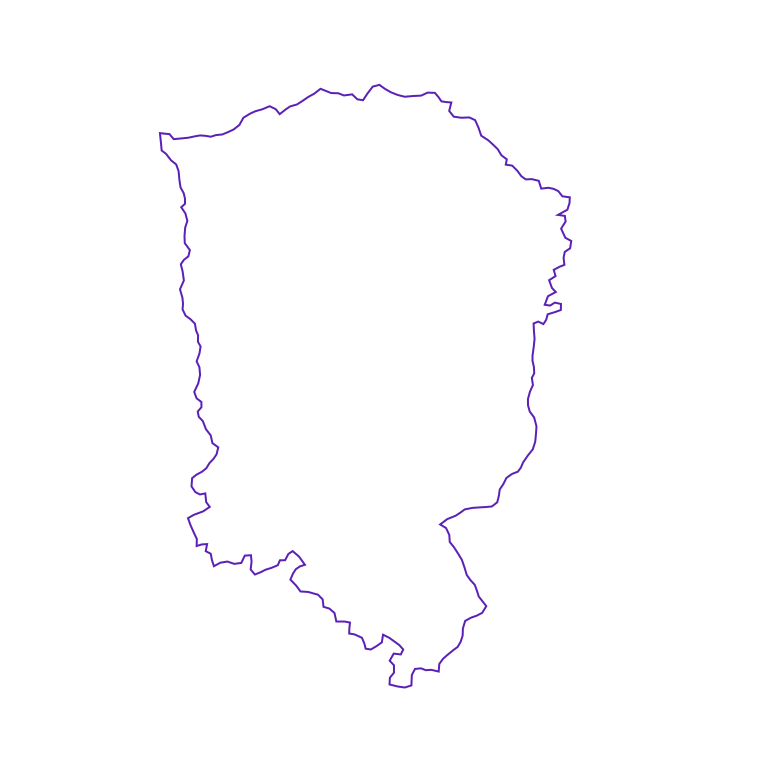 outline of Iguatama, Minas Gerais, Brazil, rotated 169°
{"feature_id": "56859067B53115482871784", "entity_name": "Iguatama", "entity_type": "district", "adm_level": 2, "iso_a3": "BRA", "parent_name": "Brazil", "parent_adm1": "Minas Gerais", "projection": "orthographic", "projection_center": [-45.749, -20.135], "detail": "fine", "context": "isolated", "style": "outline", "palette": "violet", "viewbox_px": 768, "rotation_deg": 169, "n_neighbors": 0, "source": "geoboundaries", "source_scale": "gbopen_adm2", "svg_char_len": 3873}
<svg xmlns="http://www.w3.org/2000/svg" viewBox="0 0 768 768"><g transform="rotate(169 384 384)"><path d="M599.3,275.5L597.3,267.6L598.8,260.7L593.5,261.3L588.2,260.6L590.9,253.9L586.5,250.5L586.5,243.9L585.7,237.6L578.8,239.8L571.6,239.6L565.3,236.0L558.2,235.6L553.4,242.1L547.3,241.3L547.9,234.9L550.3,227.4L547.1,221.6L540.5,222.9L535.7,224.3L529.4,225.0L522.8,226.4L519.8,230.8L514.7,229.9L510.3,235.4L505.6,237.4L500.4,230.9L496.1,221.6L501.4,221.0L505.9,219.0L509.5,215.3L513.2,209.8L508.6,202.7L505.6,196.3L498.0,194.3L493.5,192.0L489.0,189.8L485.3,184.2L485.9,176.8L480.5,174.0L476.3,168.7L476.1,159.9L467.9,158.3L462.9,156.3L464.5,151.2L465.8,145.7L460.8,143.9L454.1,139.1L452.8,133.0L452.5,127.7L447.6,125.9L441.4,128.1L435.4,130.8L432.8,138.1L427.2,133.8L423.0,129.3L418.8,124.8L415.8,119.7L419.1,115.3L425.9,117.5L431.2,111.3L427.9,106.0L429.3,98.7L434.3,94.5L435.9,88.0L427.9,84.3L421.4,82.1L414.6,82.9L412.2,93.1L407.9,98.4L401.9,97.8L397.6,95.1L392.1,94.4L385.2,91.3L383.1,98.7L378.6,102.9L373.9,105.7L367.2,109.3L361.8,111.9L357.9,116.4L354.8,122.0L353.2,129.0L349.5,136.0L343.2,138.0L337.2,138.9L331.3,140.6L326.0,146.4L328.7,151.8L331.6,157.4L332.1,162.5L333.2,169.5L336.5,174.9L339.2,180.7L340.0,188.6L341.1,196.5L343.6,203.3L346.4,210.3L349.6,216.4L348.7,223.4L350.6,230.8L355.7,235.4L347.7,239.3L338.9,241.0L333.7,243.1L328.7,245.5L320.7,245.5L313.4,244.6L307.5,243.8L301.5,243.2L295.4,246.3L292.5,252.5L290.5,258.4L286.0,262.9L281.7,268.5L275.4,271.3L269.3,272.4L265.6,275.8L262.4,280.5L256.6,286.2L250.4,291.5L246.6,298.4L244.2,306.5L242.4,313.3L243.0,322.5L246.2,329.2L246.7,335.6L245.6,341.7L242.2,348.6L238.0,354.5L237.7,361.8L234.5,365.8L233.6,372.0L233.8,378.5L232.7,383.8L230.1,391.4L227.6,399.5L226.7,407.4L225.6,414.9L220.6,415.8L216.1,412.4L212.6,416.0L210.0,421.2L202.1,422.0L196.3,422.9L195.0,428.8L200.8,431.3L206.0,429.3L211.1,431.1L206.3,438.9L197.8,441.5L200.8,446.2L202.1,454.4L195.0,457.2L195.6,463.7L189.2,465.6L184.2,466.5L183.6,473.8L181.3,479.2L175.4,481.7L172.9,488.7L178.1,492.9L180.5,502.7L174.7,508.9L174.4,514.5L181.0,516.8L170.7,520.1L167.3,526.4L166.0,531.8L173.1,534.2L176.1,540.1L180.3,543.2L185.0,545.2L192.4,545.8L193.3,553.9L199.8,556.9L205.8,557.8L209.5,561.7L212.5,568.0L216.5,573.9L222.6,576.1L220.6,581.1L225.1,586.1L227.5,592.7L231.4,598.3L235.1,603.3L241.2,609.2L242.3,617.4L244.2,625.6L249.4,629.4L257.3,630.6L264.5,633.1L267.9,639.6L264.2,647.5L269.2,648.9L273.7,650.5L275.8,655.3L278.5,660.1L285.6,661.7L292.5,660.0L300.9,661.2L308.8,662.0L315.4,665.1L321.5,669.0L326.7,673.5L331.4,678.5L338.3,678.1L344.9,672.2L350.4,666.6L355.8,668.5L360.0,674.4L368.3,674.9L373.3,678.1L380.4,679.7L385.6,683.1L390.0,685.9L397.1,682.3L403.4,680.3L409.8,677.5L416.1,675.0L423.2,674.4L427.9,672.4L434.9,668.8L437.8,674.4L443.2,678.5L451.1,676.9L458.2,676.3L463.7,675.0L471.2,672.2L476.5,665.9L482.9,662.6L488.8,661.1L495.0,659.8L501.5,660.4L506.8,659.8L512.0,661.7L517.1,663.1L522.8,663.2L529.2,663.1L536.8,663.8L543.7,664.5L546.9,670.2L556.1,673.0L556.8,664.7L557.7,655.6L554.1,651.6L550.3,644.1L546.1,639.2L545.0,632.2L545.9,623.5L546.2,615.7L544.2,609.5L544.0,603.9L545.0,598.8L549.3,596.2L546.4,589.3L545.9,581.6L549.3,575.5L551.6,567.3L552.7,560.3L549.0,552.5L551.7,546.6L556.7,544.1L560.6,540.3L560.2,532.7L560.7,523.8L566.2,515.9L565.4,507.2L566.0,501.0L567.5,495.7L565.7,488.9L561.5,484.4L558.1,479.3L558.3,472.5L557.2,467.3L558.6,461.0L556.9,455.8L559.3,449.2L563.6,442.0L562.0,435.7L562.8,428.0L566.2,420.1L571.8,412.4L570.7,405.7L566.7,401.2L567.6,396.1L572.1,392.5L572.1,387.2L568.9,382.1L567.4,373.6L563.9,366.6L563.7,358.7L558.8,353.4L561.8,346.9L565.7,343.0L570.5,339.6L574.5,335.2L579.5,332.6L585.6,330.7L590.3,328.2L592.5,320.2L589.8,313.9L585.8,310.7L580.3,310.7L581.1,302.0L578.5,296.6L585.8,293.5L595.9,291.8L602.0,289.7L600.9,282.5L599.3,275.5Z" fill="none" stroke="#5b21b6" stroke-width="2"/></g></svg>